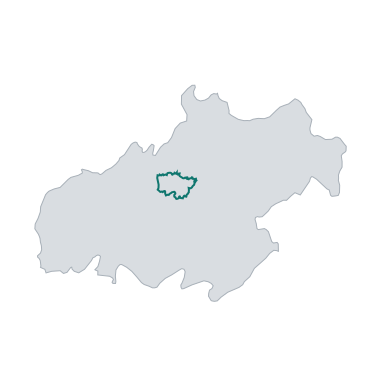 Podunavski on a map of Republic of Serbia (Natural Earth projection), rotated 286°
{"feature_id": "SRB-831", "entity_name": "Podunavski", "entity_type": "District", "adm_level": 1, "iso_a3": "SRB", "parent_name": "Republic of Serbia", "parent_adm1": "", "projection": "natural_earth1", "projection_center": [20.92, 44.453], "detail": "fine", "context": "in_parent", "style": "outline", "palette": "teal", "viewbox_px": 384, "rotation_deg": 286, "n_neighbors": 0, "source": "natural_earth", "source_scale": "10m", "svg_char_len": 6384}
<svg xmlns="http://www.w3.org/2000/svg" viewBox="0 0 384 384"><g transform="rotate(286 192 192)"><path d="M217.0,146.7L226.3,149.4L230.5,151.9L232.7,155.1L238.7,157.3L248.3,158.3L255.0,161.7L258.8,167.3L265.0,165.9L273.5,157.6L281.8,155.4L290.1,159.4L294.6,162.7L295.4,165.3L293.5,166.3L288.9,165.8L285.1,167.4L282.2,171.1L281.8,175.0L283.9,179.1L286.8,182.0L290.6,183.6L292.6,185.8L292.9,188.5L293.9,189.3L291.7,190.5L289.4,192.4L288.1,195.7L287.8,201.0L280.5,205.2L277.7,205.9L276.5,208.7L274.6,216.4L274.9,222.3L275.9,225.3L276.4,227.7L278.8,230.7L281.0,235.3L282.4,241.3L285.7,246.0L293.8,250.6L297.9,253.2L300.9,257.1L303.3,260.6L310.0,265.3L309.5,268.6L308.1,271.9L306.5,273.4L303.2,277.6L300.0,279.9L294.6,287.3L286.1,287.7L284.1,288.3L280.9,290.3L279.3,294.0L280.9,297.0L280.7,300.0L279.2,305.8L281.3,312.0L284.3,314.9L284.8,316.6L284.3,319.5L279.9,325.4L278.5,327.6L274.0,328.7L272.5,328.1L270.1,326.1L268.0,325.5L262.6,327.9L257.2,329.4L252.9,328.3L248.6,328.1L245.7,329.1L243.5,329.5L239.2,332.1L232.2,333.9L229.0,333.5L227.8,331.1L226.4,327.7L227.1,326.1L231.7,323.4L232.2,320.8L238.6,308.3L239.8,304.2L239.9,302.9L238.2,302.0L234.6,302.0L219.0,296.9L219.7,291.1L215.1,288.0L210.1,285.2L209.3,282.1L203.8,275.8L199.8,272.3L194.6,270.5L190.2,267.9L187.6,266.3L186.4,263.4L186.4,261.7L185.0,260.0L182.9,260.2L179.3,262.5L174.8,264.5L174.1,266.0L175.7,269.4L176.8,271.7L176.3,273.8L174.9,276.4L166.3,282.3L165.4,284.4L167.0,287.7L165.9,289.2L158.8,291.4L159.0,289.6L158.5,286.7L154.4,283.6L148.7,281.2L135.8,273.0L130.9,271.9L126.5,270.9L120.2,267.0L116.9,266.3L113.3,263.5L105.5,254.0L98.9,248.9L94.3,246.3L93.1,243.7L92.8,241.1L93.0,240.2L96.4,236.6L99.1,236.0L102.5,235.9L104.7,237.8L107.7,238.2L109.4,235.8L110.2,232.3L109.9,227.9L102.8,217.7L96.8,210.6L96.1,209.0L97.4,207.7L99.5,206.9L101.8,207.5L107.8,208.1L113.5,207.4L115.5,205.7L115.5,203.3L113.4,201.2L106.7,195.3L101.6,190.1L95.4,186.2L90.9,184.6L89.6,182.6L89.0,180.4L89.6,176.5L89.9,171.5L91.0,168.4L95.1,162.4L99.1,156.1L101.6,150.1L102.9,144.4L102.4,142.8L100.4,141.6L96.1,140.4L90.1,141.5L84.9,143.5L83.0,143.7L82.3,141.2L83.1,140.1L84.7,140.2L86.0,140.7L87.4,139.5L88.3,136.1L86.3,124.3L90.1,123.3L90.2,121.6L90.5,120.1L94.4,122.1L99.9,122.2L104.8,121.8L105.5,120.6L105.5,118.9L104.5,117.6L102.8,116.5L101.5,114.9L98.3,114.2L88.1,110.0L83.1,105.4L83.3,100.7L84.8,98.0L86.6,97.1L86.0,96.2L80.3,94.0L78.3,90.9L80.0,87.0L77.1,79.0L74.0,74.0L77.1,71.9L77.5,68.9L77.8,67.1L79.1,67.2L84.1,65.1L85.9,63.5L86.9,61.5L88.1,61.1L91.5,63.2L95.0,63.4L98.9,62.0L101.9,60.2L105.5,58.7L107.1,57.6L109.1,56.0L113.3,51.1L118.0,50.1L124.3,51.3L131.0,51.7L136.1,50.6L149.0,52.0L151.7,53.2L153.5,54.4L156.9,58.6L160.1,64.0L164.6,66.5L170.0,69.5L172.7,71.6L176.7,78.1L179.9,81.3L181.0,81.1L182.1,80.3L182.8,79.6L183.7,80.2L183.7,82.2L183.9,86.5L183.1,91.2L184.3,95.6L184.3,96.9L183.5,98.2L183.6,99.3L184.7,100.5L189.1,103.4L193.1,107.9L197.8,111.1L202.1,113.1L204.8,113.2L209.3,116.8L218.1,119.5L221.0,120.4L222.9,121.8L224.3,123.6L224.4,125.4L223.1,126.3L221.2,128.8L220.4,131.9L219.0,132.6L217.6,132.7L216.5,133.6L216.8,134.9L218.0,136.2L219.8,137.3L223.3,138.4L226.8,140.1L226.8,141.4L226.1,142.8L221.6,143.4L218.3,143.6L216.8,144.2L217.0,146.7Z" fill="#d9dde1" stroke="#a8b0b8" stroke-width="1"/><path d="M184.8,158.4L186.6,158.7L189.8,157.9L195.9,154.7L198.6,154.3L198.6,155.1L198.8,155.7L199.2,156.1L199.8,156.1L199.7,156.5L199.5,157.3L199.4,157.7L199.8,158.0L200.7,158.7L201.0,159.1L200.2,159.9L201.5,161.7L201.3,163.1L202.5,163.1L203.2,163.2L203.6,163.6L204.1,164.6L204.5,165.7L204.5,166.6L204.1,167.3L203.3,168.0L203.3,168.5L204.2,168.7L204.6,169.6L204.9,170.3L205.3,170.0L205.6,170.0L205.5,170.3L205.3,171.5L205.7,171.6L205.9,171.7L206.1,171.9L206.4,172.0L206.0,172.1L205.9,172.3L205.7,172.3L205.3,172.0L204.9,173.5L205.4,173.8L205.9,174.0L206.2,174.4L206.4,175.0L204.8,175.0L204.0,175.7L203.6,176.7L203.3,177.9L203.0,178.8L202.8,179.2L202.8,179.6L202.9,180.4L203.3,180.8L203.7,181.1L204.0,181.5L203.7,182.4L204.6,182.9L204.8,183.5L204.3,183.9L203.3,183.9L203.3,184.4L203.7,184.4L203.7,184.8L203.3,184.8L203.3,185.3L204.1,185.7L205.2,187.5L206.1,187.8L206.1,188.3L204.9,188.8L204.9,189.3L205.1,189.7L205.2,189.9L205.1,190.2L204.9,190.8L205.0,190.9L205.1,191.0L205.3,191.3L204.1,191.3L205.3,192.3L204.7,192.5L204.4,193.1L204.1,193.0L203.8,192.7L203.7,192.7L203.2,192.4L202.4,192.4L202.2,192.3L202.0,192.2L201.7,192.0L201.5,191.9L201.4,191.9L201.2,191.9L200.7,192.1L200.4,192.1L200.0,192.0L199.4,192.0L198.8,191.6L197.6,190.9L197.3,190.8L196.8,190.8L196.6,190.7L196.3,190.6L196.0,190.4L195.7,190.1L195.3,189.8L195.2,189.7L195.1,189.4L195.0,188.6L195.0,187.7L193.9,188.2L193.6,188.3L193.1,188.4L192.7,188.6L191.8,188.7L191.6,188.8L191.1,188.9L191.0,189.0L190.8,189.0L190.7,189.0L190.6,188.9L190.3,188.7L190.1,188.7L189.8,188.6L189.7,188.6L189.4,188.6L189.2,188.5L188.9,188.4L188.7,188.2L188.4,187.9L188.1,187.8L187.9,187.7L187.7,187.7L187.3,187.7L186.7,187.8L186.0,187.8L186.0,187.4L185.9,187.2L185.8,186.7L186.0,186.4L186.2,186.1L186.4,185.9L186.4,185.7L186.2,185.5L186.0,185.4L185.6,185.2L185.4,185.2L184.5,185.0L183.4,184.9L183.4,184.4L183.4,184.2L183.4,183.9L183.3,183.7L183.1,183.4L183.1,183.2L183.1,182.8L183.1,182.6L183.4,182.3L183.8,181.9L184.2,181.7L184.3,181.5L184.4,181.4L184.3,181.2L184.2,181.1L183.8,180.9L183.7,180.9L183.0,181.1L182.9,181.1L182.6,181.1L182.3,180.8L181.7,180.1L181.4,179.7L181.3,179.4L181.2,179.3L181.1,179.1L181.1,178.8L181.1,178.7L181.4,178.4L181.6,178.1L182.1,177.8L182.3,177.6L182.4,177.3L182.5,176.7L182.6,176.4L182.8,176.2L183.3,176.1L183.7,175.9L183.9,175.9L184.1,175.8L184.3,175.9L184.6,175.9L185.7,176.4L185.9,176.4L186.0,176.4L186.3,176.3L186.4,176.2L187.1,175.5L187.2,175.3L187.3,175.1L187.3,174.8L187.2,174.7L187.1,174.4L186.8,174.0L186.6,173.6L186.5,173.3L186.3,172.9L186.1,172.8L186.0,172.7L185.3,172.2L184.3,171.2L183.9,170.9L183.4,170.7L183.1,170.7L182.9,170.5L182.7,170.2L182.7,169.5L182.6,169.4L182.6,169.2L182.2,168.7L181.5,167.9L181.7,167.7L182.3,167.4L182.7,166.9L182.9,166.8L183.0,166.7L183.7,166.5L184.1,166.3L184.3,166.2L185.0,166.1L185.3,165.9L185.4,165.6L185.4,165.4L185.1,164.9L185.0,164.7L184.9,164.6L184.4,164.3L184.2,164.2L183.9,163.9L184.0,163.8L184.0,163.7L184.2,163.3L184.2,163.1L184.1,162.8L184.0,162.6L183.6,162.2L183.4,161.9L183.4,161.6L183.4,161.3L183.5,161.1L183.6,160.9L183.8,160.7L184.8,158.4Z" fill="none" stroke="#0f766e" stroke-width="2"/></g></svg>